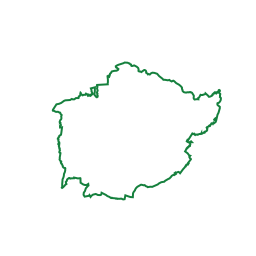 Pausesti, Vâlcea, Romania, rotated 132°
{"feature_id": "2599482B2122771532441", "entity_name": "Pausesti", "entity_type": "district", "adm_level": 2, "iso_a3": "ROU", "parent_name": "Romania", "parent_adm1": "Vâlcea", "projection": "natural_earth1", "projection_center": [24.126, 45.067], "detail": "fine", "context": "isolated", "style": "outline", "palette": "green", "viewbox_px": 256, "rotation_deg": 132, "n_neighbors": 0, "source": "geoboundaries", "source_scale": "gbopen_adm2", "svg_char_len": 5693}
<svg xmlns="http://www.w3.org/2000/svg" viewBox="0 0 256 256"><g transform="rotate(132 128 128)"><path d="M217.4,137.1L215.6,136.6L213.7,136.5L212.2,136.6L210.8,136.3L210.5,137.1L209.7,138.1L208.3,138.1L207.0,138.8L204.9,138.5L204.2,137.9L204.3,137.1L203.1,136.2L201.5,134.5L200.9,134.9L199.0,131.5L197.2,129.9L197.2,129.7L200.4,126.6L199.9,123.4L199.2,121.9L198.2,120.7L196.2,120.1L197.2,118.9L197.8,119.0L201.0,119.0L203.7,117.8L205.6,117.6L207.4,116.3L208.0,114.3L204.6,111.7L203.6,111.8L204.3,109.7L202.8,109.8L200.9,109.4L198.6,107.8L197.9,105.5L196.6,103.9L195.9,103.4L194.9,103.6L193.8,104.3L192.5,99.5L192.4,97.8L191.6,95.6L191.5,94.1L191.1,93.4L190.6,93.3L190.5,92.7L188.7,90.3L188.6,89.6L187.8,89.2L187.8,88.5L186.6,87.4L186.1,86.7L185.1,85.9L184.7,85.1L184.7,84.8L184.3,83.8L183.2,82.9L179.8,84.9L178.5,81.8L177.7,80.0L176.2,78.1L173.1,80.6L171.6,81.0L169.7,81.1L168.9,81.5L167.2,81.8L165.4,81.7L161.5,80.4L161.2,80.1L160.0,77.9L159.3,77.4L159.3,75.8L158.8,74.7L158.8,73.8L156.8,72.2L155.5,70.6L150.0,68.1L148.4,67.9L146.0,67.0L143.6,65.1L142.4,65.1L138.7,63.9L137.8,63.4L136.4,63.4L135.9,63.3L134.3,63.5L132.2,62.8L132.1,62.2L130.3,61.7L130.1,63.1L129.2,62.9L129.3,62.2L128.5,62.0L126.9,61.2L126.7,60.8L126.8,59.0L121.9,59.5L119.4,59.5L117.2,59.9L117.3,59.5L114.9,59.8L114.9,59.1L113.7,59.3L113.7,59.6L113.6,60.0L109.2,60.3L108.9,60.7L109.0,61.8L108.5,63.1L107.0,63.2L107.4,64.0L107.4,64.3L106.9,66.7L107.2,69.9L105.1,70.4L103.1,70.6L103.2,70.8L102.6,70.8L102.6,70.4L100.5,70.6L100.6,70.1L99.9,69.9L99.3,70.4L98.5,70.7L97.8,71.6L97.2,71.9L96.5,71.7L95.8,71.0L95.7,72.2L97.1,72.6L97.7,73.1L98.0,72.9L98.5,74.5L98.4,74.6L98.5,75.5L96.9,75.9L96.7,75.2L89.1,76.5L89.1,75.8L88.0,75.1L88.4,74.2L88.3,73.4L87.4,73.3L87.2,72.7L86.3,72.0L86.3,71.6L84.7,71.0L84.3,70.5L84.2,70.3L83.5,69.8L82.8,70.0L83.1,69.7L83.0,69.3L80.8,68.6L80.3,67.9L80.1,67.9L79.8,68.5L79.6,68.6L77.8,67.6L76.7,67.7L76.1,68.1L75.9,68.6L75.2,68.8L75.1,69.8L74.6,69.9L73.5,69.3L72.3,69.3L72.1,68.6L71.8,68.4L71.6,68.5L71.7,68.9L71.5,69.0L71.0,69.0L70.2,68.7L68.7,69.1L68.4,68.9L68.4,68.4L68.0,68.0L68.1,67.6L67.5,67.7L66.8,68.0L66.7,67.2L64.9,66.9L64.2,67.5L63.8,67.3L62.5,68.0L64.3,69.1L64.1,69.6L62.6,69.6L60.5,69.1L58.2,70.4L56.2,70.9L51.9,73.0L50.8,74.0L51.0,76.6L50.8,77.2L49.9,78.0L49.6,78.1L48.8,77.5L48.0,77.3L46.5,77.4L45.0,77.9L43.7,78.9L43.5,79.2L43.5,80.4L43.1,80.6L42.2,81.5L41.2,82.0L40.9,82.3L41.0,83.5L40.9,84.0L40.4,84.3L38.9,84.5L38.6,85.0L38.7,85.7L38.9,85.8L39.4,85.0L39.6,84.9L40.6,85.6L41.5,85.0L42.2,85.4L43.0,85.5L42.9,85.7L42.2,86.0L43.7,86.5L43.1,87.1L43.3,87.4L46.4,87.7L47.3,87.5L47.2,87.2L47.8,87.2L49.3,87.8L50.2,88.3L50.7,88.9L50.4,90.2L50.4,93.6L50.8,93.4L51.6,93.5L52.2,94.0L52.8,94.2L53.4,94.7L53.6,94.7L54.4,95.5L54.8,96.3L57.2,95.7L57.9,95.6L58.7,95.9L59.6,94.9L60.5,96.1L62.3,97.6L62.2,98.6L61.8,99.3L60.4,100.3L59.9,100.8L59.0,104.0L59.2,104.8L59.5,105.6L60.0,105.7L60.3,106.5L61.2,107.0L61.8,107.9L62.7,108.4L63.4,109.3L64.0,110.5L64.0,111.7L63.9,112.3L63.1,113.2L62.8,114.1L61.9,114.9L61.7,115.7L61.6,117.4L61.7,119.2L62.4,122.2L62.3,124.6L62.4,125.7L62.6,126.1L64.2,126.7L64.7,129.1L64.6,129.4L65.9,130.3L67.4,132.7L68.5,134.0L68.3,135.3L68.6,139.6L68.2,142.6L69.4,145.3L70.6,146.9L72.0,147.5L73.7,147.6L74.2,149.0L74.8,149.1L74.6,150.1L74.8,151.5L74.0,152.1L73.6,152.8L73.5,153.3L73.7,154.3L74.0,154.7L74.5,154.9L77.5,155.5L77.7,156.6L78.1,156.9L78.6,157.8L78.6,158.4L77.3,159.4L76.6,160.6L76.6,162.5L77.3,165.2L77.8,165.6L78.8,166.1L79.5,166.9L79.5,167.3L78.8,168.2L79.2,169.1L79.0,170.1L79.4,170.6L79.7,171.9L81.6,174.3L82.8,174.7L87.4,177.4L89.3,178.2L90.3,178.4L90.8,177.8L90.9,176.9L90.7,176.5L90.6,174.6L91.4,174.3L91.9,174.6L92.9,174.7L94.8,176.5L96.9,177.9L98.4,177.5L99.6,177.7L100.7,177.0L102.6,176.2L102.8,176.9L102.5,177.7L103.2,177.9L105.5,175.3L107.4,173.6L108.8,172.7L109.1,172.3L116.7,179.8L117.6,179.3L117.8,178.3L119.3,177.5L120.5,175.6L122.2,174.9L122.5,174.7L122.9,174.1L122.9,173.7L123.9,173.1L124.2,172.2L125.1,171.5L126.0,171.7L126.2,172.7L125.7,175.3L123.3,176.9L119.9,179.8L123.4,182.1L124.3,180.4L125.3,179.5L125.6,178.3L126.2,177.4L126.8,177.1L127.3,177.8L128.0,177.9L128.4,177.3L129.3,177.4L129.5,177.6L129.6,178.4L129.4,179.5L129.7,179.8L129.8,180.3L130.2,180.3L130.3,179.0L130.9,179.2L130.8,179.7L130.4,180.8L130.6,181.1L130.6,182.2L132.0,182.0L132.3,182.4L133.2,183.3L134.0,183.5L134.1,185.0L134.4,185.4L133.5,186.7L133.5,186.9L134.3,186.5L135.8,185.2L137.5,185.7L138.6,184.8L138.9,184.8L140.6,186.7L142.6,187.1L143.6,188.1L144.0,189.2L146.0,189.8L149.4,193.1L150.6,193.7L154.0,194.4L156.1,195.4L158.3,197.0L164.6,196.0L165.2,195.7L165.4,195.4L165.3,195.1L164.8,194.6L164.4,192.8L164.1,192.2L162.8,190.9L162.6,189.9L162.0,188.8L162.0,188.6L162.5,188.0L162.7,186.8L163.0,186.1L162.9,185.9L164.2,185.3L164.5,184.8L165.6,183.8L166.4,183.5L167.4,183.6L169.2,182.9L169.5,182.5L169.4,181.7L170.1,181.5L169.9,181.2L170.7,179.8L171.2,179.9L171.6,179.7L172.0,179.9L173.1,178.8L171.6,177.5L175.8,174.6L177.8,173.3L178.5,173.4L179.1,173.7L179.9,173.8L180.6,173.2L181.6,173.4L182.0,173.0L182.8,173.1L183.1,172.9L183.1,171.9L184.2,171.2L184.4,170.4L184.8,170.1L184.7,169.4L185.1,169.2L185.9,169.2L185.8,168.7L186.8,168.7L186.9,168.2L186.7,167.7L187.9,167.1L188.1,166.5L188.9,165.8L188.8,165.1L189.7,164.5L190.0,163.7L191.3,163.3L192.0,162.8L192.1,162.4L191.8,162.0L191.8,161.4L195.6,159.0L196.1,158.4L197.1,157.9L197.3,157.6L197.8,155.9L197.5,155.3L197.8,154.9L198.7,154.7L199.1,153.8L199.0,152.8L199.3,152.5L199.8,151.1L200.4,150.6L200.6,149.3L199.8,147.9L200.0,147.5L200.9,146.9L201.5,146.3L202.9,145.5L205.0,144.8L206.6,143.6L208.2,142.8L209.9,142.3L213.8,139.3L215.4,137.8L216.1,137.4L217.4,137.1Z" fill="none" stroke="#15803d" stroke-width="2"/></g></svg>